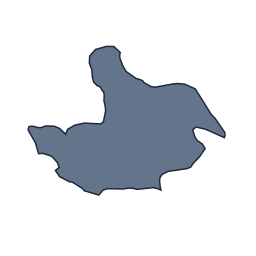 SVG path tracing the border of Qazvin, rotated 18°
{"feature_id": "IRN-3235", "entity_name": "Qazvin", "entity_type": "Province", "adm_level": 1, "iso_a3": "IRN", "parent_name": "Iran", "parent_adm1": "", "projection": "natural_earth1", "projection_center": [49.608, 36.125], "detail": "fine", "context": "isolated", "style": "filled", "palette": "slate", "viewbox_px": 256, "rotation_deg": 18, "n_neighbors": 0, "source": "natural_earth", "source_scale": "10m", "svg_char_len": 1212}
<svg xmlns="http://www.w3.org/2000/svg" viewBox="0 0 256 256"><g transform="rotate(18 128 128)"><path d="M89.2,54.8L97.3,58.6L97.4,60.4L98.5,63.8L103.4,70.0L108.6,74.8L120.3,78.4L124.7,78.2L127.4,78.6L129.2,79.9L137.1,81.5L141.4,80.7L157.5,72.0L159.3,71.4L161.2,70.4L168.3,68.8L179.9,70.0L202.8,89.2L207.6,91.8L221.5,102.4L222.6,105.3L222.6,107.4L202.2,105.2L192.5,106.0L190.0,109.8L194.4,115.8L197.6,118.5L203.7,120.3L207.7,123.8L205.0,133.0L200.9,141.6L199.9,145.5L196.9,148.3L179.5,156.9L174.8,161.5L173.7,165.6L174.5,168.9L176.7,173.8L178.5,176.9L176.0,176.5L170.8,176.8L155.4,183.6L151.4,183.8L146.7,185.2L142.2,187.5L127.1,192.1L123.5,194.8L120.9,200.8L105.8,201.2L103.7,199.7L91.4,196.6L89.0,197.3L78.0,195.4L72.1,190.8L74.7,186.8L71.5,182.7L64.3,178.5L54.9,178.4L50.9,180.1L44.5,170.6L33.6,160.8L33.4,157.4L35.2,156.2L37.9,155.6L41.5,155.5L44.7,154.8L49.5,151.3L57.3,149.1L62.9,149.5L70.7,153.2L70.6,152.0L71.1,147.8L76.4,141.8L85.0,136.8L100.7,132.6L102.7,129.7L101.4,118.4L99.4,114.0L96.7,109.5L95.3,104.2L93.7,101.3L91.5,100.1L89.8,98.3L88.2,97.4L85.6,97.2L81.3,95.1L78.5,90.8L75.7,83.9L71.1,78.1L69.3,71.4L72.9,63.3L82.2,57.1L89.2,54.8Z" fill="#64748b" stroke="#1e293b" stroke-width="1.5"/></g></svg>